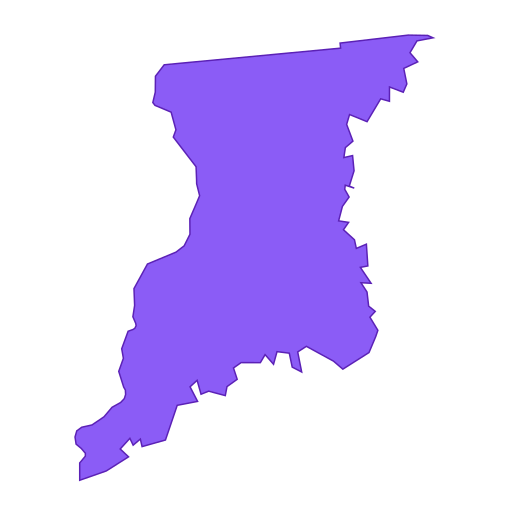 outline of Knox, Indiana, United States of America, rotated 353°
{"feature_id": "52423323B4798034374096", "entity_name": "Knox", "entity_type": "district", "adm_level": 2, "iso_a3": "USA", "parent_name": "United States of America", "parent_adm1": "Indiana", "projection": "equal_earth", "projection_center": [-87.444, 38.661], "detail": "fine", "context": "isolated", "style": "filled", "palette": "violet", "viewbox_px": 512, "rotation_deg": 353, "n_neighbors": 0, "source": "geoboundaries", "source_scale": "gbopen_adm2", "svg_char_len": 1630}
<svg xmlns="http://www.w3.org/2000/svg" viewBox="0 0 512 512"><g transform="rotate(353 256 256)"><path d="M111.4,331.7L111.9,341.4L105.7,353.8L108.7,370.0L110.0,373.1L109.7,377.6L107.9,381.5L103.8,384.9L94.7,388.6L85.5,397.1L72.6,403.7L62.2,404.7L56.8,407.7L54.3,413.6L54.5,420.8L59.1,425.7L62.6,431.0L62.2,433.9L55.8,439.9L53.7,457.1L81.2,451.1L105.0,439.8L97.7,431.0L108.6,421.6L111.0,428.8L118.9,423.6L119.7,431.3L143.7,427.6L159.6,394.6L180.3,393.2L174.6,377.8L182.4,372.2L184.6,386.5L192.5,384.4L208.5,390.8L211.3,382.1L222.3,376.1L220.0,364.4L228.2,360.0L247.3,362.4L253.0,355.0L260.2,365.6L265.2,353.5L277.2,356.5L278.4,370.7L287.2,376.7L285.7,356.3L295.0,351.8L320.1,369.8L328.4,378.9L356.4,365.6L365.0,350.6L367.9,344.6L361.6,330.6L367.6,325.5L361.7,319.5L361.8,305.3L356.9,295.3L366.9,297.1L358.2,280.0L365.8,279.5L367.0,257.7L356.5,260.7L355.7,251.9L346.0,240.6L352.0,233.9L342.3,231.2L347.8,217.3L355.6,208.8L352.2,200.6L353.2,196.6L361.8,200.6L357.1,198.0L363.7,183.4L364.1,168.1L355.2,169.0L357.9,159.3L366.2,153.8L362.0,136.4L366.1,127.0L382.6,136.2L398.9,115.2L407.3,118.7L409.1,104.5L422.1,111.4L426.7,103.6L425.5,87.8L440.2,83.0L433.6,73.0L442.0,62.1L458.3,61.0L453.3,58.0L434.0,55.3L365.4,54.9L365.3,60.0L188.2,55.0L178.1,65.3L176.0,81.1L172.3,91.1L174.1,94.2L184.1,99.9L189.3,102.9L191.9,121.0L188.4,127.9L207.4,160.1L206.3,173.2L205.9,177.1L207.4,189.3L203.1,196.8L194.9,210.8L193.1,226.4L185.9,237.2L183.3,238.7L177.1,242.4L147.3,250.7L130.9,273.5L129.5,290.3L126.4,301.3L128.4,308.2L128.5,310.6L126.9,313.0L125.1,313.9L119.9,315.1L111.4,331.7Z" fill="#8b5cf6" stroke="#5b21b6" stroke-width="1.5"/></g></svg>